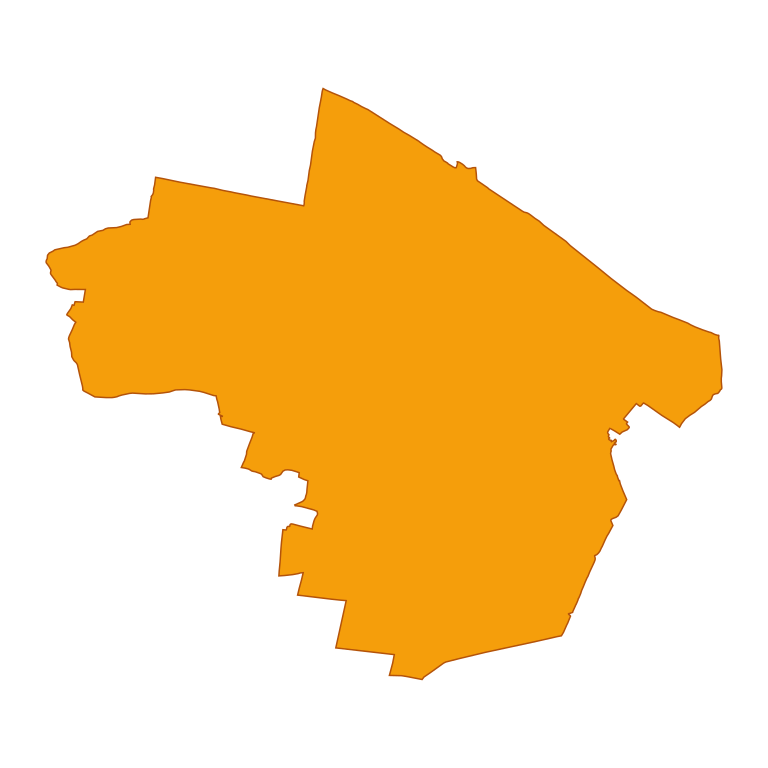 Balacita, Mehedinti, Romania (Natural Earth projection)
{"feature_id": "2599482B9762255986035", "entity_name": "Balacita", "entity_type": "district", "adm_level": 2, "iso_a3": "ROU", "parent_name": "Romania", "parent_adm1": "Mehedinti", "projection": "natural_earth1", "projection_center": [23.124, 44.377], "detail": "fine", "context": "isolated", "style": "filled", "palette": "amber", "viewbox_px": 768, "rotation_deg": 0, "n_neighbors": 0, "source": "geoboundaries", "source_scale": "gbopen_adm2", "svg_char_len": 6055}
<svg xmlns="http://www.w3.org/2000/svg" viewBox="0 0 768 768"><path d="M561.4,635.8L563.5,632.3L566.8,624.8L567.6,623.3L570.5,616.1L570.1,615.5L568.7,614.4L568.5,613.9L568.8,613.6L569.8,613.4L572.6,612.4L572.6,612.0L575.4,605.8L575.6,605.2L576.1,604.4L577.2,601.9L578.1,599.6L578.2,598.9L578.9,597.8L580.7,593.5L581.7,590.3L583.3,586.7L585.1,582.2L587.0,577.9L587.9,576.4L589.6,572.1L594.2,562.2L595.1,559.8L595.2,558.2L594.6,555.9L594.7,555.6L596.7,554.7L597.5,554.0L598.6,552.9L599.9,551.1L601.7,547.2L602.0,546.9L605.3,539.5L606.9,536.2L608.7,533.3L612.9,525.5L610.8,520.5L611.1,519.5L612.5,518.6L616.0,517.3L618.1,515.8L621.3,510.1L626.7,499.6L622.9,490.8L620.3,484.0L619.5,480.6L618.9,480.7L617.9,478.0L617.4,476.6L617.4,476.0L616.1,473.8L614.6,469.6L613.8,466.2L611.8,459.1L611.7,458.4L610.6,453.7L610.9,451.7L611.2,451.0L611.0,450.3L611.0,449.0L613.2,445.2L614.0,444.6L615.6,444.7L616.0,444.5L616.0,444.3L614.9,443.8L614.4,443.2L616.2,441.7L616.2,440.4L615.6,439.5L615.2,439.3L614.6,439.7L614.0,440.5L611.4,441.7L611.2,441.4L611.2,440.4L609.5,440.0L608.8,439.3L608.7,438.9L609.0,438.4L609.6,438.0L609.5,437.7L608.6,437.0L608.4,436.5L608.6,435.6L609.0,434.8L608.0,433.6L607.7,432.7L607.7,431.9L609.8,428.4L611.2,429.0L614.4,430.8L619.8,434.2L622.2,432.0L627.3,429.7L628.9,428.0L629.2,427.4L629.2,427.0L628.8,426.4L626.8,424.4L626.5,423.9L626.6,423.4L627.6,422.1L623.7,419.3L623.6,418.8L636.3,403.6L639.6,406.1L640.0,406.2L640.8,406.0L643.1,403.3L643.7,403.0L648.0,405.6L662.0,415.5L673.2,422.5L676.9,425.2L679.1,426.9L679.5,427.3L679.7,427.1L681.5,423.7L685.3,418.7L690.1,415.1L694.6,412.3L701.4,406.5L705.0,404.1L708.0,401.6L710.2,400.3L711.4,399.0L712.2,396.6L712.7,395.5L713.2,394.8L713.9,394.4L715.5,393.8L717.7,393.4L718.5,392.7L719.6,391.3L720.4,389.8L721.5,389.0L721.8,388.2L721.8,387.3L721.3,381.6L721.3,379.5L721.3,378.3L721.6,375.8L721.9,369.7L720.7,359.2L719.3,341.0L718.7,338.3L718.7,336.1L718.9,335.9L718.6,335.3L717.6,335.3L714.7,334.4L710.9,332.5L709.2,332.1L702.2,329.7L695.3,327.0L690.6,324.8L687.9,323.2L679.1,319.7L673.2,317.5L660.9,312.3L658.2,311.7L654.7,310.5L651.7,309.2L636.1,297.1L626.9,290.6L611.1,278.5L597.9,267.7L570.1,245.5L566.0,241.4L543.8,225.4L539.3,221.2L535.0,218.4L531.0,215.3L528.6,213.6L526.9,212.8L524.0,212.1L522.1,211.0L488.8,188.9L487.7,187.8L477.5,180.8L476.6,179.1L476.3,174.0L475.6,167.6L473.0,167.7L470.5,168.4L468.1,168.5L466.5,167.9L465.4,167.0L464.3,165.7L462.5,164.2L459.6,162.4L458.0,161.8L457.2,161.8L457.5,163.3L457.0,165.3L456.2,167.7L455.0,167.8L453.2,167.0L448.1,163.8L447.6,163.1L445.5,161.8L444.0,161.0L442.2,158.7L441.8,157.3L441.4,156.5L440.4,155.3L434.5,151.8L432.4,150.3L427.2,147.1L423.4,144.6L419.7,142.0L418.9,141.3L409.8,135.7L403.6,132.2L399.0,129.1L389.4,123.3L367.8,109.5L365.7,108.6L361.6,106.6L357.7,104.3L353.9,102.5L352.6,101.5L350.2,100.7L346.9,99.1L338.7,95.5L332.3,92.9L325.6,89.9L323.1,88.5L322.7,89.5L322.2,91.5L321.3,97.5L321.0,98.8L320.8,100.1L319.3,107.7L316.5,126.7L315.9,129.5L315.5,132.8L315.4,138.2L314.3,141.5L312.4,151.1L310.5,165.1L309.3,170.5L308.0,180.4L306.8,185.5L306.7,186.8L305.1,195.4L304.2,201.2L304.3,202.6L304.1,204.5L303.7,205.8L251.1,196.0L247.1,195.1L234.4,192.7L231.4,192.0L222.8,190.4L214.2,188.3L211.3,187.9L180.0,182.2L162.8,178.6L155.6,177.3L154.6,184.9L153.6,188.8L153.6,189.8L153.7,190.3L153.3,193.1L152.6,194.7L151.2,196.5L151.3,196.7L151.3,197.6L150.6,200.5L148.0,217.8L144.4,218.8L143.9,219.1L142.8,219.3L140.8,219.1L133.9,219.5L131.9,220.0L131.1,220.6L130.3,221.5L129.9,222.1L130.2,224.3L126.7,224.5L121.5,226.4L116.6,227.6L108.2,228.0L105.4,228.8L103.0,230.3L97.6,231.4L92.1,235.1L89.9,235.8L89.3,236.1L86.7,238.9L83.8,240.1L81.4,241.4L78.1,243.7L75.2,245.2L67.7,247.3L64.2,247.7L54.9,249.8L52.9,251.2L49.3,253.0L47.7,255.0L47.5,255.5L47.2,258.7L46.5,260.0L46.1,261.2L46.2,262.7L48.9,266.3L50.7,269.5L51.0,270.3L50.5,272.8L50.6,273.7L51.1,274.6L55.3,280.3L56.1,281.7L57.4,283.3L57.1,285.1L61.0,287.2L62.7,287.9L68.6,289.3L70.5,289.6L74.9,289.4L85.4,289.5L83.3,302.1L75.1,301.7L74.0,305.3L72.3,304.9L71.1,308.0L70.7,308.8L67.3,313.6L66.8,314.8L67.3,315.3L69.6,316.6L72.7,319.8L75.8,322.2L74.4,324.5L72.1,330.0L69.5,335.5L68.8,337.4L68.5,339.0L69.6,342.5L70.1,346.5L71.5,352.1L71.8,356.7L73.4,359.7L74.1,360.7L76.2,362.7L77.4,364.6L79.6,374.5L82.4,385.9L82.8,388.4L82.8,390.0L84.0,391.1L88.3,393.3L94.9,396.9L106.4,397.6L111.9,397.6L114.3,397.3L117.1,396.7L118.7,396.0L122.0,395.0L129.6,393.4L132.5,393.1L145.5,393.9L153.4,393.8L162.9,392.9L169.3,392.0L174.6,390.2L175.8,389.9L184.9,389.6L189.4,389.9L199.6,391.3L203.9,392.4L213.9,395.6L216.1,395.8L216.8,399.2L217.6,401.7L219.2,409.1L219.5,411.3L219.7,412.2L219.7,412.6L218.5,413.8L218.5,414.3L222.9,416.4L220.4,416.4L221.0,419.7L222.2,424.2L230.9,426.7L241.1,429.1L250.6,431.8L254.9,432.8L253.8,433.0L253.1,433.7L252.1,437.1L249.5,443.7L246.7,451.3L246.5,454.3L244.3,461.1L243.6,462.2L241.3,467.5L245.0,468.1L248.4,469.0L249.6,469.6L251.8,471.0L253.8,471.5L255.1,471.7L259.7,473.3L261.5,474.1L263.2,476.7L266.1,477.9L269.3,478.9L271.1,479.2L271.5,478.1L272.6,477.6L275.3,476.5L279.0,475.4L280.6,474.5L282.9,471.2L285.1,470.0L287.8,469.8L291.8,470.3L296.7,471.8L299.2,472.7L298.7,477.0L304.1,479.5L307.9,480.8L307.0,489.3L306.8,492.3L306.4,494.3L305.8,495.9L305.4,497.8L305.1,498.7L304.5,499.5L303.2,500.9L302.0,501.7L294.8,504.9L295.2,505.8L296.3,505.8L301.6,506.6L313.7,509.9L317.0,511.3L317.5,513.2L317.5,514.1L317.3,515.0L315.5,517.6L314.7,519.1L314.0,520.9L312.6,526.0L312.2,529.0L300.8,526.2L292.9,524.1L291.4,523.9L290.6,524.1L290.1,524.6L289.8,526.1L289.6,526.4L288.0,526.4L287.3,526.8L286.9,527.5L286.4,529.6L286.1,530.0L282.9,529.7L281.5,542.2L281.0,548.0L280.1,561.7L279.2,571.1L278.9,575.9L284.7,575.5L292.7,574.6L298.2,573.6L300.5,572.9L303.2,572.7L301.5,579.9L299.2,588.4L297.6,595.1L331.6,599.2L341.1,600.2L346.2,600.6L335.8,647.9L394.3,654.6L392.7,663.0L389.4,675.4L401.7,675.7L407.2,676.6L422.1,679.5L424.0,677.0L430.0,672.9L443.6,663.1L445.8,662.0L459.2,658.6L485.5,652.3L537.5,641.1L557.2,636.6L561.4,635.8Z" fill="#f59e0b" stroke="#b45309" stroke-width="1.5"/></svg>